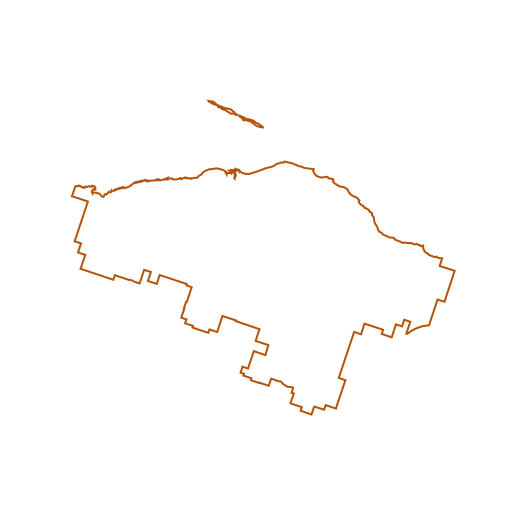 Carnarvon, Western Australia, Australia (orthographic projection), rotated 108°
{"feature_id": "25037944B73025640718230", "entity_name": "Carnarvon", "entity_type": "district", "adm_level": 2, "iso_a3": "AUS", "parent_name": "Australia", "parent_adm1": "Western Australia", "projection": "orthographic", "projection_center": [113.812, -24.467], "detail": "fine", "context": "isolated", "style": "outline", "palette": "amber", "viewbox_px": 512, "rotation_deg": 108, "n_neighbors": 0, "source": "geoboundaries", "source_scale": "gbopen_adm2", "svg_char_len": 6123}
<svg xmlns="http://www.w3.org/2000/svg" viewBox="0 0 512 512"><g transform="rotate(108 256 256)"><path d="M283.4,88.2L279.0,84.9L276.4,82.5L273.4,78.8L270.9,75.3L268.4,70.0L241.3,69.9L241.3,62.6L208.7,62.5L208.7,78.2L200.7,78.2L201.5,81.6L201.3,83.6L200.8,84.0L201.8,86.0L201.6,91.5L201.0,92.5L200.0,96.2L199.6,96.9L197.6,98.9L194.5,100.5L195.6,101.7L195.6,103.0L195.1,103.4L195.3,104.2L195.0,104.9L195.1,106.1L194.9,107.1L195.7,108.1L196.0,109.1L196.1,110.0L195.6,111.8L196.9,115.8L197.0,118.0L197.8,119.4L198.1,120.8L198.0,122.6L197.6,123.7L197.8,124.6L197.4,128.8L197.2,129.4L196.5,129.8L196.3,130.4L196.2,131.8L196.8,133.1L197.0,134.6L196.3,142.1L195.1,143.6L194.9,145.9L193.8,147.6L192.1,149.0L190.9,149.5L188.2,153.0L185.4,154.8L182.9,155.8L181.4,158.1L180.5,158.6L179.8,158.6L179.0,159.4L179.1,161.3L177.2,163.2L176.6,166.4L176.7,167.3L175.4,169.3L175.1,169.9L175.3,170.4L174.1,173.4L172.8,175.0L171.9,175.2L171.3,174.8L169.9,177.0L169.2,178.7L169.3,179.8L168.5,184.4L166.7,187.4L165.1,188.8L163.9,190.4L164.0,191.8L163.4,193.5L164.0,198.2L162.7,203.6L161.5,205.8L160.8,205.6L159.7,205.8L158.9,207.0L159.5,208.5L159.5,211.4L158.6,212.5L161.1,217.9L161.3,219.0L161.2,223.0L159.7,225.7L157.6,227.9L155.6,227.9L157.3,237.1L157.0,240.3L157.4,243.9L156.9,245.3L157.0,248.0L156.6,249.6L157.4,258.0L158.7,258.8L159.6,261.6L160.5,262.3L161.9,264.7L164.3,266.4L166.2,268.5L169.2,273.4L175.3,281.0L180.2,288.1L181.1,291.2L181.2,294.1L180.9,296.4L180.1,298.0L180.5,297.7L179.9,300.1L179.9,298.5L180.2,298.3L179.8,298.3L180.0,298.0L179.7,298.2L179.7,299.5L179.4,299.5L179.6,301.1L179.7,300.6L179.9,301.3L181.0,301.2L181.0,301.7L182.7,301.8L185.8,300.0L188.3,300.4L189.0,300.2L188.8,300.7L186.2,300.8L184.7,301.5L184.2,302.2L182.9,302.6L182.4,303.5L183.1,304.0L183.6,303.8L183.3,305.0L182.7,305.8L183.1,306.7L183.2,305.6L183.3,306.5L183.6,305.8L184.6,305.4L184.4,305.7L185.0,306.1L185.9,308.8L186.8,309.3L187.4,309.2L187.0,309.6L186.2,309.7L186.2,310.4L185.6,310.4L185.7,310.9L185.1,311.2L184.3,313.6L184.6,319.5L185.6,322.4L186.9,324.4L188.0,327.4L190.9,330.7L192.8,332.3L195.5,333.1L197.6,335.3L199.0,335.6L200.5,337.4L200.4,338.1L201.8,340.4L201.9,341.3L202.2,341.8L202.6,341.7L202.9,342.5L202.6,342.8L203.7,347.1L203.5,347.4L203.1,346.9L203.2,347.9L206.2,350.9L205.5,350.6L206.1,351.8L205.9,352.0L204.6,351.2L207.4,354.7L208.2,356.3L208.4,358.0L208.8,358.7L208.5,359.6L208.6,360.5L208.3,360.2L208.2,360.5L209.6,363.0L210.6,363.7L210.0,364.3L210.6,365.1L209.4,364.7L211.8,367.4L212.2,368.5L213.7,370.3L213.6,370.6L214.2,372.5L213.4,372.0L213.3,372.8L213.2,371.7L213.1,372.5L212.7,372.3L214.2,374.2L214.8,374.4L214.7,374.7L215.9,376.8L216.5,378.7L218.7,382.6L218.7,383.8L218.2,382.3L217.9,382.8L217.9,382.1L217.7,382.1L217.8,382.9L218.2,382.9L218.5,385.5L219.2,386.5L219.0,385.5L219.4,386.3L221.1,388.6L219.5,386.9L219.6,387.5L221.1,389.0L220.1,388.6L220.0,388.8L221.6,390.4L221.4,390.1L221.8,390.2L221.2,389.4L221.5,389.4L223.8,393.6L224.6,394.4L223.3,393.5L223.2,393.9L229.0,397.8L231.9,401.5L231.3,401.2L232.2,402.4L231.4,403.2L232.2,403.9L231.8,403.9L231.9,404.6L233.3,405.6L232.8,405.5L233.4,406.5L233.9,406.3L234.7,407.5L234.1,407.5L233.3,406.6L233.5,407.2L235.3,408.4L236.6,410.4L237.0,410.5L236.5,410.1L236.8,409.9L237.4,410.5L237.7,411.2L237.0,411.1L239.9,413.7L239.6,413.8L240.1,413.9L241.0,415.8L240.8,415.9L243.1,416.9L243.4,417.5L243.0,417.8L243.7,417.7L243.6,418.5L245.0,419.1L246.4,419.1L247.2,419.9L247.0,420.9L245.2,424.0L245.1,425.5L245.4,426.8L245.1,427.7L245.6,428.6L245.7,429.7L246.2,430.9L247.0,430.8L246.1,431.7L244.9,432.0L243.5,431.3L242.7,431.4L242.9,429.8L242.1,429.3L240.0,430.4L239.7,431.0L239.9,432.7L240.4,433.3L240.0,433.5L241.2,434.8L241.2,436.5L242.6,437.9L242.5,439.4L244.1,441.0L244.1,441.5L244.3,441.2L244.4,442.8L243.7,444.9L244.2,446.2L243.9,446.4L245.0,447.5L244.9,448.5L245.7,449.4L246.2,449.4L256.0,449.5L256.1,432.7L298.1,433.0L298.1,426.3L307.6,426.4L307.7,418.7L322.4,418.9L322.7,384.3L317.9,384.3L318.0,368.9L317.5,368.0L317.5,365.9L318.0,364.4L318.1,358.2L303.7,358.1L303.7,351.0L313.1,351.1L313.2,341.8L303.9,341.7L304.0,313.8L304.4,313.8L304.4,313.3L304.9,313.3L305.1,312.2L305.5,312.2L305.6,307.5L321.2,307.6L321.2,308.3L328.3,308.4L328.3,307.9L337.7,308.0L337.8,302.6L341.9,302.7L342.0,294.3L343.7,294.3L343.8,277.6L340.2,277.5L340.3,269.4L323.4,269.4L323.5,255.1L324.2,255.1L324.5,230.1L336.9,230.1L336.9,216.8L347.3,216.4L347.2,228.6L365.5,228.9L365.4,234.6L371.7,234.6L371.8,230.9L373.6,231.0L373.7,222.6L375.7,222.6L375.8,213.2L375.4,213.2L375.5,203.8L367.9,203.7L368.0,198.6L368.3,197.2L368.0,196.9L368.0,194.9L367.7,194.0L368.1,192.7L369.6,190.1L370.6,185.4L369.5,180.4L370.3,179.8L375.1,179.9L375.1,177.5L385.5,177.7L385.6,165.7L389.4,165.8L389.6,154.3L381.2,154.1L381.1,143.9L382.0,143.7L376.3,143.6L376.4,132.9L346.5,132.6L346.4,139.6L297.9,139.2L298.0,131.9L286.8,131.9L286.9,112.3L291.3,112.3L291.4,101.8L277.8,101.8L277.8,95.3L270.8,95.3L270.9,88.9L283.4,89.0L283.4,88.2ZM125.9,338.2L125.8,335.9L126.6,334.0L126.9,332.4L126.6,332.1L126.7,329.9L127.5,328.4L127.6,326.2L128.5,324.5L127.6,321.3L127.3,321.2L128.1,319.0L128.0,318.5L127.6,318.3L127.4,316.7L127.2,319.5L125.7,321.4L125.6,322.6L124.5,324.5L124.6,325.4L124.3,325.7L125.0,331.6L124.3,339.8L122.4,344.3L123.2,349.1L123.7,348.5L123.9,346.2L124.5,345.0L124.7,343.1L124.4,342.2L124.7,340.9L124.7,339.3L125.2,338.5L125.9,338.2ZM128.2,305.2L128.7,308.0L128.0,310.5L127.5,316.1L128.5,314.3L128.4,313.5L129.0,312.7L129.0,312.1L130.7,310.1L130.7,309.3L130.0,309.1L129.8,308.5L129.9,304.6L129.4,302.7L130.3,301.3L130.5,300.4L130.3,300.2L131.6,297.7L132.2,295.0L132.0,293.5L132.3,292.4L131.7,290.6L131.6,289.3L131.0,289.6L130.7,291.2L129.6,293.5L129.4,297.0L128.3,299.6L128.1,301.4L128.2,305.2ZM182.1,305.6L181.7,304.9L182.3,305.2L181.9,304.2L182.3,303.6L182.4,302.5L180.8,302.5L180.5,302.8L180.8,303.3L179.9,302.6L181.4,304.3L181.8,306.1L182.1,305.6ZM182.2,304.6L182.8,304.8L183.4,304.3L182.5,303.7L182.0,304.2L182.2,304.6ZM222.8,392.6L222.8,392.1L222.4,391.5L222.2,391.7L222.0,391.1L221.9,391.7L222.8,392.6ZM180.8,301.8L179.6,301.8L179.5,302.2L180.8,301.8Z" fill="none" stroke="#b45309" stroke-width="2"/></g></svg>